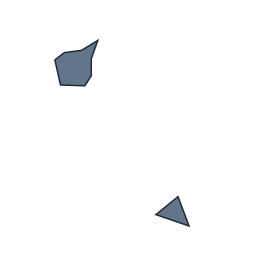 SVG path tracing the border of Baker Island, rotated 112°
{"feature_id": "UMI-5171", "entity_name": "Baker Island", "entity_type": "state/province", "adm_level": 1, "iso_a3": "UMI", "parent_name": "United States Minor Outlying Islands", "parent_adm1": "", "projection": "orthographic", "projection_center": [-176.475, 0.208], "detail": "fine", "context": "isolated", "style": "filled", "palette": "slate", "viewbox_px": 256, "rotation_deg": 112, "n_neighbors": 0, "source": "natural_earth", "source_scale": "10m", "svg_char_len": 317}
<svg xmlns="http://www.w3.org/2000/svg" viewBox="0 0 256 256"><g transform="rotate(112 128 128)"><path d="M58.1,188.8L77.5,188.0L93.3,181.6L105.1,183.9L113.4,206.7L92.3,221.3L82.0,215.3L73.5,200.3L58.1,188.8ZM196.0,34.7L197.9,69.7L172.9,55.9L196.0,34.7Z" fill="#64748b" stroke="#1e293b" stroke-width="1.5"/></g></svg>